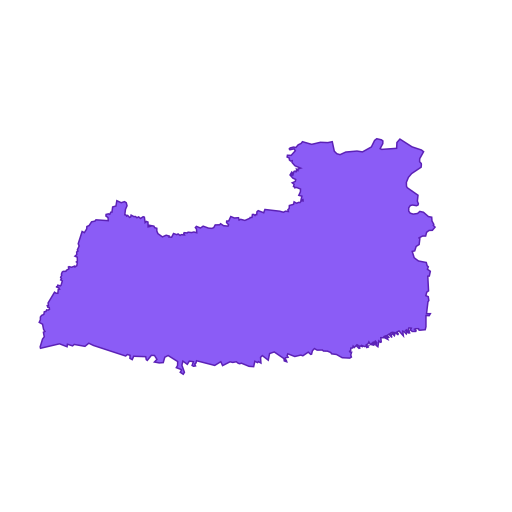 outline of Comilla, Chittagong, Bangladesh, rotated 109°
{"feature_id": "16705992B59490572634285", "entity_name": "Comilla", "entity_type": "district", "adm_level": 2, "iso_a3": "BGD", "parent_name": "Bangladesh", "parent_adm1": "Chittagong", "projection": "robinson", "projection_center": [90.953, 23.422], "detail": "fine", "context": "isolated", "style": "filled", "palette": "violet", "viewbox_px": 512, "rotation_deg": 109, "n_neighbors": 0, "source": "geoboundaries", "source_scale": "gbopen_adm2", "svg_char_len": 6119}
<svg xmlns="http://www.w3.org/2000/svg" viewBox="0 0 512 512"><g transform="rotate(109 256 256)"><path d="M145.8,122.6L142.2,135.2L141.1,136.4L137.4,137.8L132.0,137.5L127.4,135.7L118.3,128.8L116.0,129.3L114.7,129.9L113.6,132.0L110.7,132.9L102.8,131.5L101.9,134.1L102.0,144.0L98.6,158.0L102.8,159.7L108.4,158.1L114.3,171.9L114.1,173.6L108.5,172.7L105.9,173.5L105.3,175.3L105.8,180.0L108.1,181.5L115.3,182.4L122.9,189.2L123.9,194.7L128.5,205.0L132.8,209.5L133.0,212.8L131.4,216.1L123.1,221.1L125.4,225.0L127.5,232.1L132.3,239.7L132.8,249.3L134.9,250.0L137.1,252.3L140.4,253.6L140.8,256.0L142.7,258.9L143.9,259.4L144.5,258.5L142.3,254.9L143.7,253.1L149.4,255.5L150.5,259.1L152.3,258.8L152.6,256.4L154.3,255.7L154.9,254.2L154.1,252.8L155.8,252.4L158.0,248.6L158.4,242.4L160.0,244.6L161.3,244.2L160.8,245.9L162.1,245.1L163.4,245.6L162.9,246.6L163.7,247.6L167.6,247.5L167.7,248.4L165.6,248.4L165.0,249.5L168.3,250.2L170.4,246.5L170.7,243.4L172.7,243.1L175.0,245.6L175.8,243.3L178.1,243.2L178.1,242.0L178.9,241.6L178.0,239.8L178.2,235.7L180.9,234.9L184.7,235.3L184.5,232.1L188.3,231.7L187.3,230.0L188.6,229.4L188.9,230.9L191.2,231.9L191.3,233.0L192.9,234.8L192.4,237.6L194.9,237.3L197.4,240.9L200.3,240.1L201.8,240.9L203.4,239.9L204.0,242.7L205.7,244.3L205.9,248.1L209.1,262.7L212.6,262.8L212.4,268.7L213.9,269.5L216.7,268.8L217.0,269.8L218.0,270.1L217.4,271.6L217.9,272.9L220.9,272.4L221.5,274.1L222.3,274.1L226.0,278.1L226.3,282.4L227.5,283.7L225.5,285.0L227.1,288.8L226.9,292.7L231.8,293.2L232.5,295.1L234.0,294.7L235.4,292.1L236.9,292.2L237.9,296.6L237.0,300.0L238.3,300.5L239.9,304.7L242.9,305.2L244.2,306.6L245.1,309.8L245.0,315.7L247.6,317.6L247.4,322.0L248.9,322.6L249.8,321.1L253.3,319.6L253.5,322.5L254.8,324.5L255.6,328.0L256.6,328.6L257.3,331.5L258.1,331.7L259.4,330.5L260.1,333.6L261.3,334.5L260.5,336.9L261.6,337.8L261.6,341.3L265.7,341.9L266.4,344.4L265.4,344.5L265.6,347.7L268.4,350.7L266.8,356.0L264.7,357.9L262.1,358.8L262.2,361.0L261.0,362.3L261.7,367.2L262.7,367.3L262.8,366.2L263.6,367.5L259.1,369.2L259.0,370.9L260.5,371.7L255.6,374.2L255.6,375.5L258.1,377.4L257.2,379.7L258.6,381.1L257.9,382.8L258.5,384.3L258.0,387.4L259.8,387.2L260.7,388.0L259.4,390.6L260.4,391.3L259.5,392.5L259.7,393.5L254.3,394.6L250.5,394.3L247.9,396.0L247.4,398.0L249.5,400.8L249.0,405.6L254.3,404.7L256.3,407.5L261.4,406.5L261.8,407.5L264.2,407.9L264.2,409.3L265.5,411.3L267.1,410.9L267.9,408.4L270.7,407.2L273.9,419.1L275.5,419.7L277.2,422.6L281.5,423.7L283.2,425.5L285.6,424.9L289.8,425.9L289.4,428.4L302.3,428.1L304.1,426.5L308.4,426.9L309.3,425.9L310.6,426.9L313.0,425.9L315.1,427.1L315.3,424.6L319.1,423.2L320.1,423.9L320.6,422.7L323.5,422.3L325.3,423.6L324.6,424.2L326.7,426.7L326.9,429.3L327.5,429.8L329.0,428.7L331.2,430.6L332.4,430.8L333.3,433.3L334.3,434.0L336.5,434.1L337.6,433.4L339.8,433.8L340.8,432.5L342.2,432.9L342.6,431.0L346.8,430.8L347.9,431.2L348.1,433.9L349.7,433.9L350.2,435.1L350.3,432.0L351.4,430.9L352.0,432.1L355.8,431.2L356.3,433.0L355.8,434.7L368.1,437.3L370.4,436.1L370.9,437.2L372.2,436.2L372.0,434.7L373.7,433.9L374.8,434.9L375.1,436.4L376.9,436.6L377.6,438.0L380.3,437.6L382.0,439.4L383.9,440.0L386.6,439.1L389.3,439.4L390.0,435.6L394.5,433.0L396.1,431.0L397.3,432.2L401.3,429.9L404.0,430.8L412.2,430.5L413.4,429.7L403.0,413.2L403.3,405.1L400.8,405.6L400.7,400.2L398.8,399.1L397.1,388.3L392.9,385.7L393.5,380.5L393.0,346.7L391.0,345.5L390.9,342.7L393.8,341.9L394.3,339.3L390.6,339.0L387.1,327.5L389.7,326.0L390.1,324.8L384.0,322.6L383.1,319.6L386.0,316.0L389.3,317.5L388.6,312.7L387.0,309.0L381.4,309.3L378.7,306.7L381.3,295.7L385.1,294.5L387.5,295.0L387.7,289.9L388.3,289.3L390.6,289.8L391.5,286.3L389.3,285.8L383.4,290.5L379.2,290.9L380.8,285.7L377.1,284.8L376.3,280.8L380.3,280.8L380.6,279.1L379.6,277.4L378.1,278.7L376.7,277.9L374.4,278.1L372.9,259.4L367.4,254.9L370.5,251.9L364.5,246.1L364.2,243.3L362.4,240.2L363.2,238.0L363.2,236.4L362.1,234.9L362.6,226.7L361.4,222.2L355.9,222.8L356.3,219.8L355.1,219.3L355.6,216.5L350.4,218.7L348.1,217.6L350.5,210.5L343.8,211.4L340.8,207.5L343.9,196.2L346.0,195.1L346.0,192.5L344.6,193.5L344.9,194.5L343.6,195.0L342.7,195.1L341.3,192.7L340.1,194.1L338.1,194.1L338.4,186.6L335.1,181.4L335.1,179.2L329.9,175.3L331.2,172.2L330.7,171.5L327.2,171.8L324.5,170.6L325.1,167.6L323.3,162.6L323.9,161.3L322.7,157.4L322.9,153.9L323.9,152.7L322.9,147.8L324.1,141.4L322.0,134.1L320.5,132.9L318.7,134.2L315.8,134.3L316.2,135.8L315.6,136.5L314.5,135.7L312.3,136.4L311.5,134.7L309.6,134.8L310.5,133.3L307.0,131.6L307.2,131.0L308.4,131.6L309.8,128.5L309.3,127.9L307.5,129.3L307.7,128.3L306.9,127.7L307.2,125.3L306.1,127.7L306.3,123.9L305.4,122.8L306.5,121.5L305.7,120.4L305.3,121.1L304.5,120.5L304.9,122.1L304.0,122.8L302.6,121.5L300.5,121.3L302.3,119.2L302.1,117.0L301.4,118.3L299.3,117.1L299.8,116.4L301.2,116.6L301.7,115.7L300.0,114.3L299.0,115.9L297.6,115.5L298.6,113.7L301.4,113.4L302.1,111.2L296.3,112.2L297.1,110.3L296.5,109.6L292.6,111.4L291.6,108.3L290.5,108.8L289.4,107.5L291.5,107.1L291.9,104.2L290.6,105.4L289.6,104.0L289.2,104.7L289.8,105.7L289.2,106.6L286.7,104.9L288.8,100.9L287.4,102.2L286.1,102.2L285.6,103.9L284.3,103.1L283.8,102.1L285.2,101.5L286.3,99.2L284.9,99.3L283.5,101.0L283.2,99.4L284.1,96.3L283.4,96.1L282.1,98.1L280.3,96.4L283.5,90.7L279.3,92.8L279.3,91.4L280.8,88.5L278.9,88.3L277.7,90.3L276.7,89.5L279.1,86.5L278.7,85.7L275.4,88.1L274.2,88.0L273.7,85.7L275.7,85.9L276.5,83.7L275.3,80.4L274.6,80.3L273.6,82.3L272.8,81.5L271.8,78.6L272.9,77.9L272.9,77.1L270.6,72.0L267.5,72.3L257.0,75.9L256.0,72.8L253.8,72.4L255.0,76.0L243.4,78.5L241.8,78.1L238.4,79.9L238.2,82.5L234.6,82.8L232.8,81.5L219.2,87.0L218.5,85.6L213.7,86.2L212.7,89.6L210.1,89.6L209.5,91.0L206.7,92.9L207.8,100.8L206.6,104.6L206.1,105.9L200.8,109.8L199.5,107.6L194.8,107.7L192.0,105.5L186.3,106.7L185.8,107.0L186.2,108.2L182.9,105.0L181.9,102.1L178.0,102.4L175.5,100.7L174.3,97.6L170.4,96.1L169.3,98.3L168.2,98.2L165.6,101.0L162.1,102.5L162.6,105.8L160.1,111.9L160.5,115.6L163.2,117.1L165.2,121.0L165.3,124.1L163.9,126.2L160.7,127.3L158.0,126.5L156.8,124.5L156.2,120.6L155.0,119.4L153.7,119.5L151.6,121.3L145.8,122.6Z" fill="#8b5cf6" stroke="#5b21b6" stroke-width="1.5"/></g></svg>